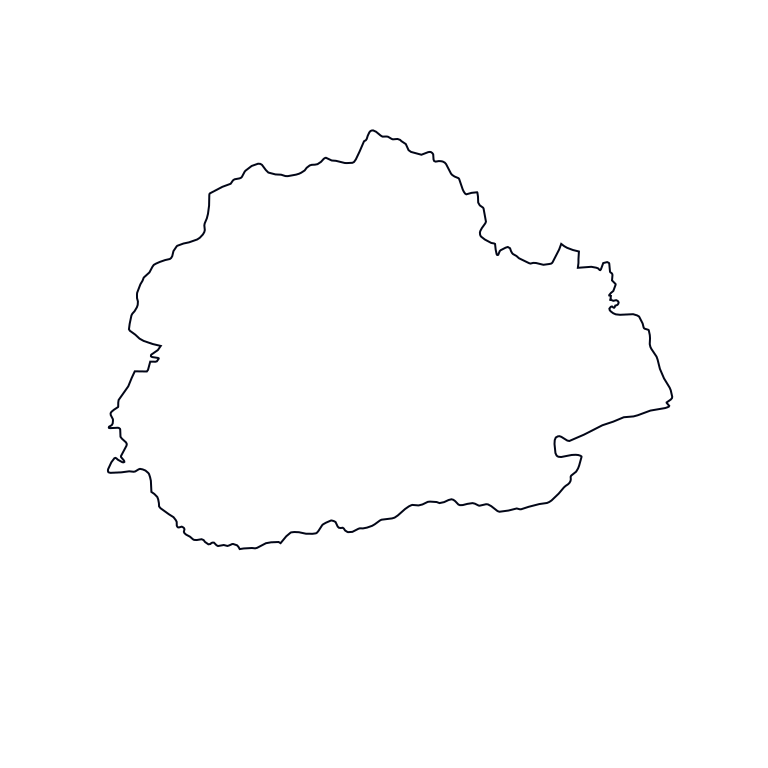 Tan Ky, Nghệ An, Vietnam (Equal Earth projection), rotated 28°
{"feature_id": "81297802B12421029194754", "entity_name": "Tan Ky", "entity_type": "district", "adm_level": 2, "iso_a3": "VNM", "parent_name": "Vietnam", "parent_adm1": "Nghệ An", "projection": "equal_earth", "projection_center": [105.224, 19.102], "detail": "fine", "context": "isolated", "style": "outline", "palette": "ink", "viewbox_px": 768, "rotation_deg": 28, "n_neighbors": 0, "source": "geoboundaries", "source_scale": "gbopen_adm2", "svg_char_len": 6165}
<svg xmlns="http://www.w3.org/2000/svg" viewBox="0 0 768 768"><g transform="rotate(28 384 384)"><path d="M367.4,573.1L369.2,564.3L371.4,558.9L372.1,558.3L374.3,556.8L378.5,554.8L385.5,552.8L391.4,549.7L394.0,547.8L394.6,546.8L395.1,544.6L395.7,537.6L396.1,536.5L397.8,533.8L401.2,529.5L401.8,529.1L404.0,528.6L406.0,528.6L410.0,531.6L411.6,532.1L413.4,531.5L415.0,530.3L416.4,530.5L418.4,531.6L421.0,531.8L421.8,531.7L425.5,529.4L429.4,523.8L430.5,522.7L433.2,521.4L436.4,518.8L440.1,514.8L441.7,512.2L444.5,506.4L445.5,505.0L454.2,498.9L456.1,497.0L457.9,493.6L461.3,484.5L463.4,480.4L464.7,478.6L465.7,477.5L471.5,475.0L474.5,472.3L478.0,467.5L479.9,466.2L485.9,463.5L488.9,463.1L492.5,460.1L495.5,456.1L497.7,454.1L499.6,453.7L501.8,454.0L506.3,455.5L508.0,455.3L510.4,453.9L513.9,450.7L518.1,447.6L520.4,447.0L524.6,446.9L525.5,446.6L530.6,442.2L532.3,441.5L536.0,441.5L543.9,442.9L545.9,442.6L553.3,437.3L559.6,431.6L562.9,430.8L563.9,430.2L569.4,424.5L577.5,417.1L583.8,412.5L585.3,410.6L586.6,408.2L589.7,398.8L591.4,390.9L592.2,388.7L593.6,386.1L594.2,384.1L594.2,382.1L593.7,380.5L592.4,378.4L592.3,377.6L592.3,377.0L594.8,371.2L595.0,367.5L594.6,364.4L592.7,355.9L592.4,355.3L591.3,355.1L588.9,355.5L586.5,356.5L583.1,358.5L574.7,365.3L572.3,366.3L571.1,366.4L569.9,366.1L567.8,364.5L562.7,356.9L561.1,353.4L560.8,350.6L562.1,348.6L563.4,347.7L565.4,347.4L572.4,347.9L574.4,347.3L584.3,334.9L596.2,317.9L604.1,309.6L611.3,300.8L619.5,295.5L622.7,292.5L631.7,282.4L643.6,273.2L645.2,271.5L646.1,270.3L646.1,269.4L642.5,268.0L642.2,267.6L644.5,263.1L644.9,261.3L644.5,260.0L640.1,254.9L637.9,253.1L628.6,247.6L620.5,241.1L614.2,234.1L611.8,231.9L603.6,227.5L601.8,226.2L599.9,224.0L597.4,218.7L595.7,216.0L592.5,212.2L591.8,212.1L588.1,212.8L587.3,212.6L586.7,212.2L584.0,209.2L577.6,204.7L575.3,204.6L571.2,205.4L559.9,212.1L555.9,213.7L553.1,213.9L550.0,213.4L548.6,212.8L547.6,211.6L548.0,209.4L548.9,208.5L550.8,208.8L551.4,208.6L551.6,207.8L551.4,206.2L552.4,205.3L553.0,204.4L553.2,203.1L552.8,201.7L551.3,200.9L549.6,201.0L547.4,202.9L545.3,203.1L544.4,203.6L544.0,203.0L544.1,202.0L543.5,201.2L543.0,199.7L541.3,200.1L541.1,199.7L541.6,197.1L542.8,194.2L541.9,187.6L541.5,187.0L536.7,185.5L534.7,180.8L534.1,179.9L533.1,179.3L531.4,179.1L530.8,178.7L526.4,172.0L525.7,171.5L523.8,171.6L520.8,174.3L521.7,180.9L521.5,181.9L520.9,182.1L518.7,181.4L516.7,181.7L512.0,183.2L500.6,190.4L498.9,185.9L497.1,182.5L493.9,175.5L487.9,177.0L481.7,177.8L478.4,177.7L474.7,177.1L475.5,183.0L475.7,197.4L475.5,198.4L475.0,199.3L473.4,200.6L468.8,203.9L461.4,205.8L458.9,207.0L456.8,208.9L455.4,209.2L444.1,209.6L440.9,208.8L436.9,208.7L435.7,208.3L433.7,207.0L431.6,205.0L429.0,204.9L427.4,206.5L424.2,211.1L423.8,212.3L424.2,216.3L423.5,216.9L423.1,216.9L422.5,216.5L419.5,212.9L416.3,208.2L415.3,208.2L412.5,209.1L405.3,209.1L400.6,208.3L399.6,207.8L398.7,207.0L397.5,205.1L397.2,203.6L397.2,200.5L398.0,194.5L397.8,192.8L389.5,182.3L388.7,181.8L384.7,181.3L382.0,179.6L379.0,174.4L376.6,171.2L376.2,171.0L371.6,174.1L367.6,177.9L366.2,177.8L364.1,176.7L362.2,175.3L354.1,167.7L353.2,167.3L348.8,167.7L346.0,167.4L344.4,166.8L335.6,160.7L333.7,160.0L331.4,160.0L329.8,160.5L327.8,161.4L325.2,163.4L323.7,163.6L322.4,162.6L319.6,158.1L318.2,157.4L316.5,157.2L315.6,157.5L314.2,158.5L309.4,164.0L298.9,166.4L295.9,166.0L290.6,161.9L285.4,161.4L283.6,160.9L280.9,161.3L277.0,163.8L275.7,164.0L271.5,163.8L270.2,164.2L266.5,166.3L264.4,166.2L258.5,165.0L255.3,165.2L254.1,166.0L253.3,167.0L252.9,168.7L253.1,172.5L253.7,175.7L253.5,177.3L252.4,179.1L253.3,190.1L253.7,198.9L253.3,202.0L252.3,203.5L247.1,206.6L245.5,207.3L236.8,209.5L232.9,211.2L226.6,211.5L226.0,211.9L225.1,213.4L224.1,217.4L222.1,221.1L220.0,222.8L217.3,224.4L215.8,225.9L214.2,229.4L213.7,232.7L211.7,236.3L210.3,238.2L208.1,240.4L201.4,245.7L199.3,246.7L194.9,247.5L189.8,249.9L182.6,251.6L179.3,250.6L173.4,247.8L171.5,247.7L169.4,248.6L164.8,253.6L161.6,260.6L161.3,261.8L161.3,267.8L161.0,268.9L160.0,270.2L156.1,273.3L155.3,274.5L155.0,275.6L154.6,279.2L148.7,285.8L140.8,297.4L140.7,298.3L141.1,299.3L145.8,308.6L148.7,316.4L149.8,320.9L150.3,326.4L150.9,328.3L153.5,332.2L154.0,334.2L153.9,337.0L152.7,341.4L151.2,344.1L145.3,350.5L141.0,354.1L136.6,359.0L136.3,359.8L135.7,365.5L137.0,370.5L136.9,372.7L136.2,374.2L132.6,377.3L128.8,381.4L126.2,384.7L124.8,386.9L124.5,389.2L124.5,395.6L121.9,402.8L122.3,406.1L122.1,410.4L123.2,419.3L123.8,420.8L125.6,424.1L128.0,426.7L129.4,429.8L129.8,432.3L129.7,434.4L129.6,436.8L128.8,440.0L128.8,442.0L131.2,450.3L133.1,455.4L134.6,456.3L141.2,457.2L146.8,458.7L151.6,458.8L161.0,457.3L169.0,455.2L168.4,460.2L164.8,467.2L164.7,467.9L165.2,468.9L165.9,469.1L166.8,469.0L172.2,467.1L173.0,467.1L173.2,467.4L172.8,470.6L171.8,471.6L167.1,474.0L169.0,482.3L168.7,484.3L158.0,489.8L158.4,497.3L159.3,506.1L157.2,522.7L158.1,525.2L159.9,528.7L160.0,529.2L157.6,533.6L156.5,536.3L156.3,537.5L156.4,538.3L157.3,539.7L161.2,542.4L162.0,543.8L163.0,546.3L162.9,548.2L161.3,550.8L161.5,551.7L161.8,551.9L162.8,551.6L169.5,547.6L170.5,547.3L171.9,547.5L172.5,548.1L176.1,554.3L178.2,555.3L183.7,556.7L185.1,557.8L185.6,559.4L185.6,571.2L186.2,572.0L190.2,573.6L190.9,574.1L191.3,574.7L190.9,575.4L189.7,575.9L184.6,575.8L182.7,575.3L181.6,575.3L180.8,576.1L180.0,581.1L180.4,588.7L180.7,589.7L181.5,590.9L182.2,591.3L184.1,590.9L193.6,585.3L200.0,580.7L204.2,579.0L205.4,578.0L207.4,574.6L208.4,573.5L211.0,572.7L214.0,572.4L217.6,573.2L218.8,573.8L221.2,576.1L223.6,578.9L229.3,588.5L232.8,588.9L236.9,590.2L238.8,591.9L241.2,594.9L242.9,597.7L245.0,598.6L255.3,600.0L260.7,600.4L264.2,602.0L265.7,603.1L267.5,606.3L268.4,607.0L269.3,607.3L270.2,607.0L272.4,604.9L274.1,604.9L275.0,605.1L276.0,605.9L276.7,608.5L277.9,609.4L280.0,609.9L284.4,609.9L288.2,610.8L289.5,610.8L291.9,609.7L295.8,606.7L298.0,606.5L300.1,607.5L304.2,608.0L305.8,606.8L306.3,605.3L307.4,604.3L308.4,603.9L311.8,605.0L313.5,605.0L318.1,601.4L321.8,600.5L323.0,599.3L325.1,596.6L325.9,596.1L329.9,595.4L331.9,596.1L334.1,597.5L337.3,595.1L344.4,590.8L347.4,589.6L348.9,588.2L354.5,580.0L358.6,576.8L365.1,573.0L367.4,573.1Z" fill="none" stroke="#020617" stroke-width="2"/></g></svg>